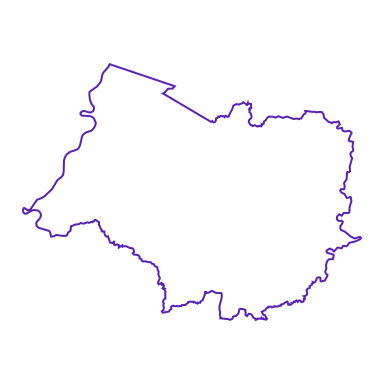 La Victoria, Valle del Cauca, Colombia (Mercator projection)
{"feature_id": "7082276B16171151514761", "entity_name": "La Victoria", "entity_type": "district", "adm_level": 2, "iso_a3": "COL", "parent_name": "Colombia", "parent_adm1": "Valle del Cauca", "projection": "mercator", "projection_center": [-75.953, 4.485], "detail": "fine", "context": "isolated", "style": "outline", "palette": "violet", "viewbox_px": 384, "rotation_deg": 0, "n_neighbors": 0, "source": "geoboundaries", "source_scale": "gbopen_adm2", "svg_char_len": 6023}
<svg xmlns="http://www.w3.org/2000/svg" viewBox="0 0 384 384"><path d="M359.3,237.0L354.6,238.5L350.5,236.3L344.9,231.7L341.0,229.9L340.3,228.5L340.4,226.2L342.6,222.7L342.8,221.7L341.6,220.8L338.3,220.8L336.8,219.0L337.1,216.6L339.2,214.3L341.8,215.7L343.7,212.9L347.8,213.1L349.1,212.5L349.5,211.5L349.5,207.6L351.4,200.9L350.8,197.3L350.1,196.8L348.0,197.9L346.7,197.9L344.7,194.2L341.3,192.4L340.2,190.7L341.0,189.1L343.3,189.3L344.3,188.9L344.7,186.4L344.0,183.1L346.6,179.4L347.0,172.8L347.3,172.0L348.7,172.3L350.0,171.3L349.7,166.7L352.1,158.0L350.8,156.0L350.4,153.8L351.0,152.4L353.0,150.9L353.3,150.1L352.5,146.7L353.1,141.9L349.4,141.1L348.6,140.0L350.3,135.4L351.6,133.4L351.5,132.6L349.6,130.9L345.2,131.4L343.3,131.1L342.6,130.5L341.9,127.9L338.1,128.6L337.2,128.3L337.1,126.9L339.8,124.3L338.5,121.4L336.1,122.4L333.4,122.0L331.9,123.3L330.5,122.3L328.7,122.0L323.9,117.6L323.5,114.2L321.9,112.1L319.9,111.9L315.9,112.3L314.5,111.7L312.5,111.9L305.5,110.9L305.2,111.0L305.8,112.0L305.5,113.4L303.8,114.3L301.1,118.6L300.0,118.5L298.9,119.2L296.8,118.5L293.6,119.0L287.0,116.5L282.8,117.9L278.3,116.2L275.5,117.6L273.3,116.8L269.4,116.5L267.7,117.3L265.6,120.3L264.1,121.4L263.5,122.8L263.8,123.5L262.4,124.5L261.8,124.2L262.0,125.3L261.1,126.4L260.1,125.7L258.8,126.4L258.0,126.0L257.4,126.5L254.6,125.1L252.7,126.1L251.8,125.2L250.6,125.1L248.7,122.0L249.0,120.2L251.4,117.8L251.5,115.9L250.5,113.0L249.4,112.1L249.8,110.1L249.0,109.6L249.7,108.2L250.3,108.5L250.6,108.0L251.1,108.1L251.4,107.3L251.1,106.8L251.1,104.0L249.2,103.8L248.6,103.2L248.1,103.9L247.9,103.0L247.2,104.9L246.7,105.0L246.1,104.2L243.3,102.2L242.4,103.3L239.9,104.0L239.2,104.6L236.4,104.1L233.4,105.6L232.2,109.3L230.0,113.1L228.6,116.6L227.4,116.9L225.7,115.7L225.2,115.9L224.6,117.1L223.5,116.1L222.6,116.4L221.3,115.8L220.3,116.1L219.4,117.2L218.2,116.5L217.3,118.0L216.1,118.3L215.8,120.6L214.8,122.2L213.2,122.3L212.3,121.1L211.1,121.9L163.0,93.5L164.6,92.6L168.1,88.7L172.4,88.6L174.7,86.2L109.7,64.2L108.4,66.9L103.2,72.7L102.3,74.9L101.1,80.6L100.1,82.7L97.0,86.5L89.5,91.8L89.3,94.7L90.0,99.9L91.3,103.5L94.1,107.3L93.6,110.3L92.8,111.4L90.7,112.5L88.2,112.2L84.1,110.9L81.9,111.5L80.5,112.9L80.5,114.3L81.8,115.6L90.3,116.2L92.6,117.2L93.9,118.4L95.8,122.8L95.4,125.2L94.2,127.6L91.7,130.6L86.4,132.3L82.9,134.7L81.9,137.1L80.1,145.0L78.5,148.5L76.6,149.8L70.2,151.8L66.7,154.3L65.0,157.2L64.0,160.4L63.7,170.9L63.2,174.7L61.4,177.0L57.3,180.3L52.1,189.0L44.5,196.3L41.4,198.1L37.0,199.8L30.2,209.7L27.9,210.3L24.1,207.9L23.5,208.3L23.0,209.8L23.4,212.5L24.9,213.7L26.8,213.5L31.9,210.5L34.1,210.0L37.5,210.4L39.4,211.6L40.7,213.7L41.0,215.6L40.0,218.1L36.5,222.3L36.2,223.5L36.6,225.7L37.2,226.7L39.3,228.0L49.1,230.9L50.2,232.6L51.1,236.6L54.3,236.2L56.3,234.9L61.7,235.8L66.1,235.8L67.0,235.1L68.1,232.4L70.3,231.0L70.9,228.4L70.8,226.7L71.2,226.1L72.9,225.7L74.3,224.8L78.9,224.1L80.7,223.0L83.5,223.7L87.5,222.3L88.9,222.9L91.4,221.8L92.7,222.2L93.3,221.1L94.2,221.0L94.8,219.9L96.1,220.1L97.5,221.4L99.0,222.1L99.0,225.0L100.0,226.3L100.3,228.0L101.9,230.4L101.8,231.4L104.4,231.5L104.4,233.1L105.1,235.4L106.5,236.7L108.0,236.2L110.0,242.5L112.7,243.1L113.3,242.9L113.7,241.7L114.2,241.7L114.1,244.7L115.0,245.1L117.1,244.4L118.9,245.1L118.8,247.5L122.1,245.4L122.0,246.5L122.4,246.8L124.1,246.1L126.3,246.3L129.4,247.8L132.7,248.4L133.7,249.9L134.1,252.0L132.7,253.2L132.9,253.7L134.1,254.6L137.4,254.9L139.1,255.9L139.6,256.7L139.6,258.4L141.5,259.3L141.7,260.8L143.3,261.5L145.7,261.3L147.3,262.0L150.7,262.2L152.0,263.8L153.7,264.0L154.8,266.0L157.3,267.2L157.6,269.9L158.6,271.5L158.3,274.5L159.9,278.2L158.0,282.3L158.1,283.3L158.8,284.3L160.5,283.3L162.0,284.6L162.4,284.6L162.3,283.6L163.0,284.0L162.6,284.9L163.7,285.0L163.9,285.4L163.7,286.6L162.6,288.1L164.4,288.6L163.6,289.1L164.7,289.8L165.6,291.7L165.2,293.2L165.4,298.5L163.9,299.4L162.9,301.9L163.8,303.3L163.3,305.3L163.9,307.5L163.5,309.9L161.9,311.2L162.8,312.7L169.0,311.5L169.8,309.9L171.3,309.0L171.2,306.6L172.8,305.7L175.4,306.2L177.1,305.9L177.8,306.3L181.3,306.0L181.8,305.1L185.6,305.0L186.3,303.9L188.1,302.9L188.1,302.1L190.5,301.6L192.2,301.9L193.2,301.6L193.6,302.3L194.4,301.9L195.9,303.1L197.0,302.6L197.5,303.5L199.3,302.6L200.3,302.7L200.7,301.4L202.7,300.1L205.2,293.4L205.2,291.9L206.1,291.9L206.7,293.0L209.4,292.4L210.9,291.2L212.3,291.0L215.9,292.9L221.3,293.1L221.8,294.7L221.7,297.6L219.5,306.1L219.4,309.3L220.1,311.8L219.9,315.3L220.6,317.2L220.3,318.3L227.9,319.1L229.9,319.8L232.4,318.8L232.9,317.0L234.1,316.3L235.8,316.0L237.6,314.4L238.7,312.7L239.3,309.3L240.4,308.8L244.3,309.4L245.6,310.2L245.2,311.3L245.6,312.1L245.5,315.0L246.9,316.1L248.7,313.8L250.7,314.1L251.7,314.7L253.4,317.7L255.7,318.9L255.7,319.8L257.3,319.3L257.5,318.6L260.7,318.7L261.2,317.9L261.6,318.8L263.0,318.3L263.3,319.1L263.9,319.0L266.0,319.7L267.0,318.7L266.1,317.6L265.1,315.3L263.2,314.7L261.8,311.8L265.5,309.9L266.5,308.1L268.1,307.6L268.3,306.7L271.0,306.7L271.5,307.3L274.0,306.9L274.4,306.0L275.6,306.6L278.4,306.3L279.2,305.7L279.9,305.8L280.5,305.1L281.0,305.5L281.4,304.4L283.7,303.8L285.0,302.6L287.3,301.6L288.3,303.9L288.7,304.0L288.3,304.6L290.0,304.9L291.5,304.4L291.6,303.0L292.8,303.1L293.6,301.7L294.9,302.1L295.2,301.3L296.3,300.5L297.7,301.9L298.5,300.6L299.3,300.5L300.4,300.7L301.3,302.1L303.1,301.7L303.7,300.9L304.0,298.9L305.0,298.8L304.5,297.0L303.8,296.2L305.1,296.1L306.9,294.6L307.2,292.7L306.6,290.7L307.3,289.0L309.8,287.8L309.6,286.2L312.0,284.7L311.9,283.5L313.2,283.2L312.9,282.1L313.8,282.5L315.2,281.9L317.0,278.0L319.0,277.2L320.3,277.7L320.6,281.3L321.6,281.4L324.9,280.5L327.4,275.8L327.5,274.9L325.8,273.6L325.2,271.3L326.4,268.6L326.0,265.6L326.8,262.0L327.8,260.3L329.2,259.2L332.9,259.2L333.8,255.2L333.3,254.6L327.1,252.7L326.5,251.6L326.6,250.6L329.3,248.7L330.1,248.7L332.1,249.7L334.0,251.5L337.4,247.7L338.3,247.5L341.2,248.4L341.8,248.0L343.0,246.0L346.7,246.2L349.4,242.8L354.8,241.6L360.3,239.1L361.0,237.9L360.5,237.2L359.3,237.0Z" fill="none" stroke="#5b21b6" stroke-width="2"/></svg>